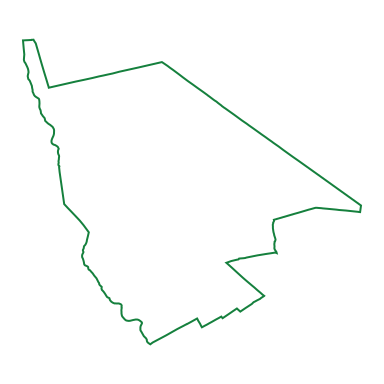 outline of Aricestii Rahtivani, Prahova, Romania
{"feature_id": "2599482B50315286970944", "entity_name": "Aricestii Rahtivani", "entity_type": "district", "adm_level": 2, "iso_a3": "ROU", "parent_name": "Romania", "parent_adm1": "Prahova", "projection": "natural_earth1", "projection_center": [25.877, 44.949], "detail": "fine", "context": "isolated", "style": "outline", "palette": "green", "viewbox_px": 384, "rotation_deg": 0, "n_neighbors": 0, "source": "geoboundaries", "source_scale": "gbopen_adm2", "svg_char_len": 5782}
<svg xmlns="http://www.w3.org/2000/svg" viewBox="0 0 384 384"><path d="M150.3,344.3L152.7,342.5L165.7,335.6L167.5,334.6L173.3,331.3L175.8,329.9L176.1,329.7L177.2,329.1L179.3,328.0L182.0,326.6L183.2,326.0L186.7,324.1L186.8,324.2L191.2,321.8L197.1,318.5L197.4,319.0L198.2,320.7L198.5,321.2L199.0,322.0L200.1,323.8L201.0,325.7L201.7,327.0L201.9,327.3L205.0,325.6L206.0,325.1L207.5,324.3L209.2,323.3L211.6,322.0L216.0,319.5L219.0,317.9L220.2,317.2L221.3,316.6L222.0,317.5L222.6,318.2L228.1,314.5L233.2,311.0L236.9,308.5L238.5,310.0L239.2,310.6L240.3,311.6L245.9,307.8L246.7,307.3L251.3,304.3L252.0,303.8L252.6,303.2L252.9,302.8L253.5,302.3L253.9,302.0L254.2,301.9L255.0,301.5L257.2,300.3L258.8,299.5L260.0,298.9L261.3,297.8L261.8,297.5L264.1,296.0L264.2,295.9L262.5,294.6L260.4,292.7L257.4,290.2L255.6,288.6L254.5,287.6L252.2,285.7L247.1,281.4L244.2,278.9L242.5,277.4L240.3,275.4L235.8,271.3L231.9,267.7L229.1,265.2L227.3,263.6L226.4,262.8L231.1,261.1L232.7,260.7L234.0,260.4L236.9,259.7L238.2,259.5L238.6,259.3L238.7,259.2L238.9,258.8L238.9,258.7L239.0,258.6L239.7,258.5L243.6,258.2L244.4,258.1L245.1,258.0L245.6,257.9L246.0,257.7L246.3,257.6L250.3,256.8L257.3,255.4L266.5,253.9L270.6,253.3L274.4,252.7L275.1,252.6L275.4,252.7L275.7,252.7L276.7,253.1L276.6,252.7L276.4,252.0L275.6,250.8L275.0,249.9L274.7,249.4L274.7,249.2L274.4,248.5L274.4,248.4L274.4,248.1L274.4,247.8L274.5,246.8L274.5,246.3L274.3,244.0L274.4,243.8L274.5,242.8L274.6,241.9L274.6,241.6L274.8,241.4L275.0,241.4L275.1,241.2L275.2,240.7L275.4,240.2L275.5,239.9L275.5,239.5L275.4,239.0L275.3,238.6L275.0,237.6L274.9,237.4L274.7,236.7L274.5,236.1L274.4,235.8L274.3,235.6L274.1,234.4L274.0,234.0L273.5,232.2L273.2,230.4L273.2,230.0L273.1,229.5L273.0,229.0L272.9,228.1L272.9,227.6L272.9,226.7L272.9,226.2L272.9,225.9L272.8,225.2L272.8,224.7L272.9,224.2L273.1,223.7L273.2,223.4L273.2,222.5L273.3,222.4L273.9,221.4L274.0,220.7L274.0,220.2L273.9,219.8L294.5,213.8L297.8,212.9L303.2,211.3L308.9,209.6L310.5,209.2L314.4,208.1L315.6,207.8L316.0,207.8L316.9,207.8L317.8,207.9L321.5,208.2L322.9,208.4L326.5,208.7L336.1,209.6L339.2,210.0L345.6,210.5L358.7,211.9L358.9,212.0L360.1,212.1L361.0,205.5L311.7,170.2L298.5,160.8L292.9,156.9L283.3,150.0L278.8,146.6L273.2,142.7L271.9,141.7L268.2,139.1L265.6,137.2L261.3,134.2L253.1,128.3L249.1,125.5L246.7,123.7L244.2,122.0L242.0,120.5L234.1,114.7L225.1,108.3L224.0,107.6L222.4,106.4L222.1,106.2L221.8,106.0L221.4,105.5L220.3,104.7L219.8,104.3L219.2,103.9L218.9,103.6L218.2,103.1L218.0,102.9L217.8,102.8L217.6,102.6L217.0,102.1L216.8,101.9L215.8,101.2L215.3,100.9L214.8,100.6L213.8,99.9L208.8,96.1L208.4,95.9L207.6,95.2L207.2,94.9L203.5,92.2L197.3,87.8L192.9,84.6L188.2,81.3L182.3,76.9L181.8,76.5L180.5,75.5L179.2,74.5L172.9,69.8L169.9,67.7L167.7,66.0L163.0,62.8L161.9,62.1L138.4,67.5L119.4,71.7L112.6,73.5L107.4,74.6L103.4,75.5L99.0,76.4L92.4,78.0L87.8,79.0L83.2,80.0L76.0,81.5L48.8,87.7L48.5,86.4L48.1,85.3L46.5,79.9L44.2,72.4L42.8,67.7L41.7,64.0L40.4,59.5L40.3,59.2L38.9,54.2L36.4,45.6L35.9,43.8L35.7,43.3L34.0,40.7L33.5,39.7L32.3,39.8L31.5,39.8L31.2,39.9L31.2,40.0L23.0,40.4L23.7,48.4L24.3,54.5L23.9,59.3L23.9,59.6L23.9,59.9L24.2,61.1L24.4,61.8L24.9,62.5L25.5,63.3L26.4,65.2L27.4,67.3L28.0,68.9L28.3,70.3L28.5,71.8L28.5,72.6L28.1,74.1L27.7,76.1L28.1,78.2L28.4,79.2L29.1,79.9L29.8,80.8L30.5,82.5L31.7,85.5L31.9,86.0L32.0,87.1L32.3,88.7L32.6,89.9L32.6,91.7L33.3,93.1L34.0,94.9L34.9,96.1L36.1,97.0L38.8,98.7L39.2,99.7L39.4,101.3L39.5,103.5L39.3,106.4L39.4,107.5L39.9,109.0L40.5,110.1L40.8,111.6L41.0,113.4L42.1,114.9L42.7,115.9L44.6,118.1L44.8,118.8L45.2,120.8L45.8,121.4L47.8,123.3L48.9,124.1L50.2,124.9L52.6,126.9L53.2,127.9L53.6,128.6L53.9,129.3L54.1,130.4L54.0,133.1L54.0,133.5L53.9,134.1L53.5,135.6L53.2,136.3L52.4,138.0L51.9,139.3L51.7,139.9L51.5,140.9L51.5,141.8L51.6,142.5L51.8,143.0L52.1,143.5L52.6,143.9L53.2,144.4L54.1,144.8L54.7,144.9L55.9,145.5L57.1,146.3L57.8,146.9L58.1,147.5L58.7,148.8L58.5,149.3L58.1,150.2L58.0,151.0L57.9,152.0L58.0,152.6L58.2,153.8L59.0,155.6L59.1,156.1L59.1,156.8L58.9,158.0L58.9,159.0L58.5,161.3L58.7,162.6L58.6,163.3L58.4,163.9L58.4,164.5L58.5,165.2L58.7,165.6L59.2,165.9L59.4,166.3L59.2,166.8L59.1,167.2L59.6,172.0L62.3,190.8L64.2,204.1L68.0,208.2L71.2,211.5L79.7,220.5L83.5,225.1L88.8,232.3L87.8,236.6L86.9,240.2L86.8,241.1L86.6,241.9L86.2,243.1L85.6,244.3L85.3,244.8L84.8,245.4L84.1,246.1L83.9,246.8L83.8,247.8L83.6,248.6L82.9,250.0L82.9,250.5L83.1,251.2L83.4,251.8L83.4,252.4L82.3,254.5L82.1,255.5L82.1,256.4L82.2,257.3L82.5,257.9L82.9,258.7L83.5,260.6L83.9,262.3L84.2,264.2L84.5,264.8L85.0,265.3L86.4,265.9L87.6,266.5L88.1,267.0L88.3,268.6L88.6,269.4L89.0,269.8L89.9,270.2L90.4,270.8L91.7,272.3L92.5,273.1L93.0,273.8L93.6,274.7L94.2,275.6L96.5,278.3L98.4,282.1L99.1,283.1L99.3,284.4L99.7,285.0L100.3,285.6L101.4,286.6L101.7,286.9L101.6,287.9L101.5,288.6L101.9,289.9L102.4,290.4L103.6,291.7L105.0,293.7L106.6,296.3L107.1,297.0L107.7,297.4L108.4,297.7L109.1,298.0L109.4,298.2L109.9,299.9L110.3,300.5L111.3,301.7L112.8,302.7L114.4,303.4L119.0,303.5L120.7,304.2L121.2,304.6L121.5,305.1L121.7,305.7L121.7,306.0L121.6,306.4L121.5,306.8L121.5,307.2L121.7,307.5L121.7,307.9L121.5,309.1L121.4,310.4L121.4,310.9L121.5,311.7L121.5,313.1L121.5,313.6L121.7,314.6L121.9,315.6L122.3,316.5L122.7,317.0L123.3,317.7L124.5,319.1L125.5,320.0L126.1,320.4L126.8,320.6L128.5,320.9L130.0,320.8L130.8,320.6L133.2,320.0L134.3,319.8L135.8,319.5L136.2,319.5L136.7,319.5L136.9,319.5L137.5,319.6L138.3,319.8L139.3,320.3L139.7,320.6L140.4,321.1L141.0,321.6L141.7,322.2L141.9,322.6L142.0,323.1L141.7,323.9L141.4,324.5L141.1,325.1L140.6,326.2L140.5,326.9L140.4,327.4L140.4,328.9L140.4,329.6L140.5,330.4L141.4,331.8L143.2,335.0L143.8,336.1L146.1,338.4L146.8,339.7L146.8,340.5L147.1,341.6L147.6,342.3L148.5,343.1L150.3,344.3Z" fill="none" stroke="#15803d" stroke-width="2"/></svg>